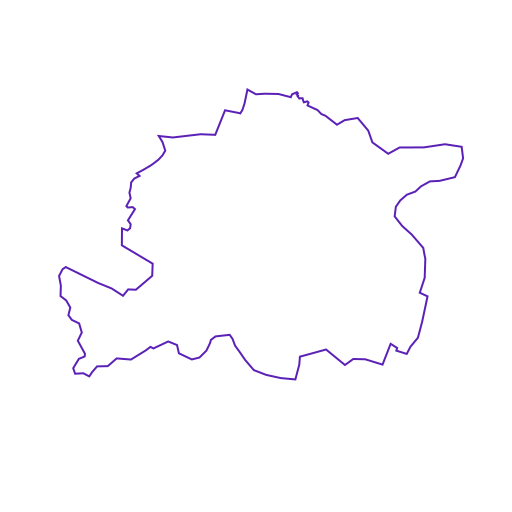 the district of Ewekoro, Ogun, Nigeria, rotated 199°
{"feature_id": "59680162B67809263123643", "entity_name": "Ewekoro", "entity_type": "district", "adm_level": 2, "iso_a3": "NGA", "parent_name": "Nigeria", "parent_adm1": "Ogun", "projection": "mercator", "projection_center": [3.208, 6.974], "detail": "fine", "context": "isolated", "style": "outline", "palette": "violet", "viewbox_px": 512, "rotation_deg": 199, "n_neighbors": 0, "source": "geoboundaries", "source_scale": "gbopen_adm2", "svg_char_len": 1991}
<svg xmlns="http://www.w3.org/2000/svg" viewBox="0 0 512 512"><g transform="rotate(199 256 256)"><path d="M178.6,152.1L179.7,167.4L181.7,175.1L159.3,190.4L136.4,181.9L130.5,190.3L119.1,193.9L101.0,194.5L100.1,216.8L92.6,215.0L92.5,212.2L81.6,212.5L80.4,220.6L76.3,231.4L77.5,247.8L79.3,262.6L80.7,273.7L89.2,274.6L89.4,290.3L95.0,308.5L97.2,312.2L100.5,318.1L115.8,327.0L127.6,332.0L137.8,338.6L139.8,348.1L137.7,355.5L133.3,363.1L126.3,368.8L122.6,375.7L115.8,383.2L106.9,386.8L93.6,395.3L92.1,408.1L92.0,415.8L97.1,426.2L113.7,423.2L132.7,413.3L155.5,405.4L164.3,395.7L182.9,401.3L190.7,411.1L204.8,419.6L216.4,413.3L222.2,406.5L236.0,411.2L240.4,411.5L245.3,414.0L256.3,415.1L256.3,418.3L257.9,418.9L260.8,416.9L262.2,418.5L263.3,420.3L264.9,419.8L266.3,419.0L267.2,419.7L268.6,420.5L268.4,421.3L270.0,421.9L269.4,423.5L270.6,424.2L274.6,420.6L274.8,417.5L287.5,416.5L300.8,412.2L308.7,408.9L318.3,410.6L316.5,396.5L316.4,389.6L317.3,385.7L319.0,385.6L325.4,384.7L332.7,383.7L334.0,357.3L348.0,353.1L373.2,341.0L387.0,337.8L381.5,333.3L376.1,326.1L377.2,320.7L379.6,315.3L384.4,308.1L390.6,300.8L395.7,295.3L392.2,293.8L396.3,289.6L398.0,284.9L396.7,279.8L396.3,274.7L393.3,269.8L394.8,261.0L393.0,260.1L388.4,262.1L385.7,260.9L388.7,248.0L384.8,245.2L384.1,241.2L385.9,238.3L391.7,238.5L386.3,222.4L351.2,215.1L347.7,203.5L358.6,185.0L366.0,182.8L368.8,175.1L381.9,178.3L396.6,179.1L432.3,183.6L434.6,180.5L435.7,173.0L430.8,164.3L427.8,154.5L421.0,152.2L414.8,146.8L414.1,138.9L409.3,135.6L401.3,134.7L395.8,126.9L396.9,117.9L385.9,107.9L385.3,105.2L390.0,101.1L392.3,90.4L388.7,85.8L381.1,88.9L374.5,87.9L374.2,88.8L373.2,92.7L370.3,99.9L360.3,103.6L354.4,113.8L340.5,117.4L329.6,130.7L326.2,135.7L322.9,135.2L311.2,146.6L301.7,146.1L297.2,138.9L283.0,137.3L276.4,141.6L272.1,150.3L271.1,158.6L271.3,162.0L268.1,166.8L255.2,172.9L251.2,170.0L246.6,164.4L240.4,160.1L232.3,154.1L220.9,147.4L207.8,146.9L193.0,148.6L178.6,152.1Z" fill="none" stroke="#5b21b6" stroke-width="2"/></g></svg>